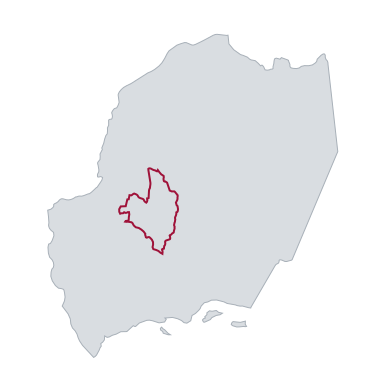 United Republic of Tanzania, with Iringa highlighted, rotated 84°
{"feature_id": "TZA-3386", "entity_name": "Iringa", "entity_type": "Region", "adm_level": 1, "iso_a3": "TZA", "parent_name": "United Republic of Tanzania", "parent_adm1": "", "projection": "albers", "projection_center": [35.62, -7.961], "detail": "fine", "context": "in_parent", "style": "outline", "palette": "rose", "viewbox_px": 384, "rotation_deg": 84, "n_neighbors": 0, "source": "natural_earth", "source_scale": "10m", "svg_char_len": 6034}
<svg xmlns="http://www.w3.org/2000/svg" viewBox="0 0 384 384"><g transform="rotate(84 192 192)"><path d="M138.8,277.1L134.3,274.7L130.2,273.3L126.8,271.7L125.3,270.2L122.2,269.6L119.4,269.4L116.9,267.9L111.8,267.4L111.2,266.5L111.1,264.3L110.2,263.7L108.3,263.2L106.3,263.3L105.0,263.6L104.3,263.4L102.6,262.2L101.0,260.6L100.4,258.0L98.0,256.4L95.3,255.1L87.7,255.3L86.6,254.9L84.7,253.7L82.6,251.5L80.9,249.1L79.4,245.8L77.8,241.3L68.9,223.4L67.9,220.0L66.2,216.3L63.3,211.7L60.3,208.3L56.3,205.2L51.7,202.2L49.2,200.1L44.4,191.7L43.4,187.8L42.6,183.7L42.9,182.0L45.8,176.7L46.0,175.2L45.6,173.2L44.1,169.0L42.2,163.9L38.4,154.7L37.8,152.4L37.8,150.6L39.9,141.1L39.8,139.8L48.6,139.8L54.9,135.6L60.4,129.4L61.5,126.8L63.7,122.8L65.9,120.8L66.8,119.4L68.0,115.4L70.9,112.7L73.7,110.6L73.1,109.2L73.5,108.6L75.1,107.6L78.1,106.6L78.7,104.5L78.6,102.2L78.1,100.9L78.2,99.4L77.7,98.5L75.8,98.3L72.8,97.2L70.3,96.7L68.6,96.1L68.0,95.6L67.7,94.2L69.1,90.5L67.7,89.1L70.6,83.1L71.2,82.3L72.3,82.2L74.1,81.6L75.7,81.3L77.0,81.5L78.0,81.2L78.9,80.5L79.6,78.5L80.2,75.1L79.8,72.3L78.5,70.2L78.1,67.0L78.6,62.6L78.2,59.0L76.7,56.1L75.3,54.4L73.0,53.6L69.5,49.3L68.4,47.1L68.6,45.8L69.8,45.2L72.0,45.4L74.1,44.9L76.0,43.6L77.9,43.3L78.9,43.4L167.0,42.8L269.8,99.5L270.2,100.2L271.0,105.1L270.8,106.8L269.2,109.6L268.7,111.1L268.7,112.1L269.1,112.5L270.4,112.7L271.6,113.3L272.0,113.9L272.8,116.0L274.0,117.1L312.6,145.3L313.5,145.7L312.9,148.0L310.7,153.7L310.5,156.1L309.7,158.9L308.8,160.7L306.5,168.7L304.6,171.7L302.0,178.7L301.6,184.0L303.0,187.8L303.4,191.3L306.4,194.8L308.8,196.1L310.4,197.7L313.2,201.3L314.8,204.9L319.9,206.7L321.9,210.8L321.1,213.6L318.7,215.9L316.5,219.6L314.7,224.5L314.5,232.1L315.8,230.9L318.4,232.8L318.7,238.4L315.9,244.8L315.0,247.8L314.9,250.4L316.8,258.1L319.8,262.1L319.6,263.3L318.8,264.4L324.0,271.4L323.5,277.4L325.4,282.2L326.2,286.3L327.5,289.4L327.7,291.6L326.0,293.9L329.9,294.6L332.1,296.6L333.1,298.5L335.9,298.4L337.3,299.7L339.5,300.8L344.2,304.0L345.5,305.6L346.2,307.1L333.1,316.9L328.3,319.4L324.9,320.5L321.3,321.2L317.9,322.7L314.7,325.1L310.5,326.3L305.5,326.3L300.2,328.0L291.9,333.0L287.0,330.2L283.2,329.2L278.9,329.3L276.2,329.6L275.2,330.3L274.4,332.0L273.7,334.8L270.8,337.6L265.8,340.2L261.1,341.2L256.9,340.5L254.1,339.4L252.6,337.8L250.4,337.1L247.5,337.2L244.7,338.3L242.0,340.4L237.8,341.2L231.9,341.0L228.8,340.0L228.4,338.2L225.8,336.2L221.1,333.9L217.7,333.9L215.5,336.1L213.4,337.5L211.6,338.0L210.0,338.1L207.6,337.5L201.2,337.3L195.0,337.4L194.4,334.2L193.1,332.2L192.0,331.1L189.9,330.8L189.3,329.9L188.6,327.9L187.6,326.2L186.2,324.8L185.4,323.5L185.1,322.3L185.3,321.0L186.6,317.7L187.0,315.5L186.8,313.2L186.1,310.8L184.7,308.0L184.8,307.2L184.3,305.3L184.3,304.0L184.6,302.3L184.3,300.1L183.0,295.4L183.0,294.2L181.7,292.0L177.6,286.6L177.4,285.9L171.0,280.5L168.4,279.4L167.5,280.4L167.1,281.3L167.4,283.1L167.3,283.9L167.0,284.3L165.5,284.3L164.5,284.1L162.1,282.6L160.2,282.3L155.5,282.6L153.9,282.9L152.6,282.6L150.1,280.1L147.2,279.6L144.6,279.5L140.3,276.7L138.8,277.1ZM320.8,187.1L322.8,193.1L322.5,194.2L321.0,194.8L320.3,194.9L319.3,193.9L318.7,191.9L317.5,192.4L315.6,190.0L313.7,189.8L312.0,187.0L312.7,184.5L312.4,180.2L314.5,178.1L315.7,174.4L317.0,176.9L317.3,180.8L319.0,185.4L320.8,187.1ZM331.4,151.8L331.5,153.2L331.1,154.6L331.1,158.8L330.9,161.6L329.3,165.4L328.0,166.8L326.8,166.4L325.9,165.7L325.2,164.7L326.7,157.6L326.0,152.4L329.0,152.9L331.4,151.8ZM326.2,237.5L324.7,237.8L324.1,237.5L323.2,236.3L324.8,235.3L326.4,233.4L330.0,230.6L331.7,228.4L331.5,230.6L329.4,235.4L327.6,235.7L326.2,237.5Z" fill="#d9dde1" stroke="#a8b0b8" stroke-width="1"/><path d="M236.9,220.0L237.5,222.8L238.0,223.6L238.8,224.0L239.2,224.0L239.8,223.9L240.1,223.9L241.4,224.2L242.0,224.5L242.5,224.9L242.7,225.2L242.8,225.3L243.5,225.4L244.0,225.6L244.7,225.7L245.2,225.8L245.3,225.9L245.5,226.0L245.5,227.1L245.6,227.4L245.8,227.7L246.3,227.9L246.7,227.8L247.1,227.6L247.5,227.5L249.1,227.6L249.5,227.8L249.9,227.8L250.4,227.9L249.1,229.7L247.1,231.6L245.8,233.9L244.8,236.4L242.7,237.0L240.3,236.2L237.7,236.0L235.2,236.9L233.2,238.4L232.4,239.3L232.3,239.5L232.3,239.9L232.3,240.4L232.5,240.8L232.7,241.8L232.2,242.6L230.6,242.8L229.7,243.1L228.7,242.8L226.2,244.3L224.1,246.3L222.2,248.7L221.2,251.6L219.2,253.4L216.6,254.5L215.8,255.3L214.8,258.9L214.8,260.2L214.5,261.5L213.9,261.0L213.8,258.6L213.3,257.9L210.2,257.4L207.7,256.7L205.4,256.8L205.3,258.0L205.8,259.1L205.8,260.4L205.1,261.4L205.1,261.8L205.6,262.1L205.9,262.6L205.8,264.6L206.1,265.7L204.1,266.4L201.5,266.2L198.9,264.4L199.2,259.4L192.6,257.1L192.6,255.7L188.6,254.5L189.0,252.6L188.5,251.7L187.9,250.8L187.5,249.7L188.1,248.5L188.8,247.3L189.8,246.4L191.0,246.0L192.0,245.2L192.7,244.0L193.7,241.7L194.4,240.9L195.9,240.4L197.1,239.5L197.8,238.6L197.0,237.8L195.7,237.3L194.4,237.4L193.7,237.3L193.8,236.6L193.5,235.8L186.0,234.6L184.8,234.2L183.8,233.5L179.7,232.5L178.3,232.4L165.4,233.1L164.4,233.0L164.0,232.1L164.2,231.0L164.7,230.0L165.5,229.0L166.1,227.9L166.8,226.1L167.4,225.4L167.8,224.6L167.3,224.1L166.6,223.7L169.0,222.3L171.3,220.7L172.2,219.5L173.1,218.5L174.4,218.5L175.6,218.9L176.9,219.0L178.2,218.8L178.7,218.3L178.7,217.5L180.1,215.8L188.2,214.0L189.3,212.1L189.6,209.4L190.6,208.6L191.8,207.9L192.2,207.5L192.8,207.3L193.3,207.0L193.7,206.6L194.8,206.7L195.9,207.0L197.1,207.1L198.2,207.4L200.9,209.1L203.7,208.6L204.2,208.0L205.0,207.8L206.0,207.8L206.9,207.7L208.2,207.8L209.5,208.2L210.2,208.6L210.5,209.1L210.5,209.6L210.9,209.8L212.2,209.9L213.6,210.4L215.5,211.5L216.5,211.6L217.4,211.5L219.8,212.1L220.1,212.2L220.6,212.5L221.0,212.7L221.5,212.8L222.6,213.2L223.2,213.3L224.8,212.9L225.2,213.0L225.4,213.1L225.7,213.1L226.3,213.1L226.7,213.2L229.2,214.2L229.7,214.2L230.4,214.5L230.7,215.0L230.9,215.6L231.2,216.2L231.3,216.3L231.7,216.6L231.9,216.8L232.3,217.4L232.4,217.6L232.5,217.8L232.6,218.4L232.7,218.6L233.0,218.8L233.4,218.7L234.1,218.5L235.4,218.5L236.1,218.6L236.6,218.9L236.7,219.3L236.9,220.0Z" fill="none" stroke="#9f1239" stroke-width="2"/></g></svg>